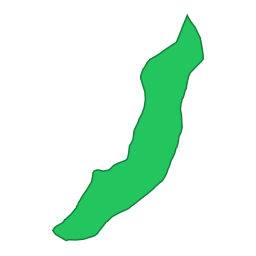 La Reforma, San Marcos, Guatemala
{"feature_id": "79465075B25623182739171", "entity_name": "La Reforma", "entity_type": "district", "adm_level": 2, "iso_a3": "GTM", "parent_name": "Guatemala", "parent_adm1": "San Marcos", "projection": "robinson", "projection_center": [-91.842, 14.82], "detail": "fine", "context": "isolated", "style": "filled", "palette": "green", "viewbox_px": 256, "rotation_deg": 0, "n_neighbors": 0, "source": "geoboundaries", "source_scale": "gbopen_adm2", "svg_char_len": 1808}
<svg xmlns="http://www.w3.org/2000/svg" viewBox="0 0 256 256"><path d="M203.2,59.1L203.1,55.1L202.2,48.8L200.2,37.9L195.0,27.2L190.1,20.7L188.7,18.2L187.3,15.4L184.1,23.1L182.5,26.8L181.8,29.1L178.9,36.2L178.4,37.5L177.0,40.9L176.6,41.8L175.9,42.7L174.0,43.8L166.7,48.7L164.5,50.1L163.0,51.2L160.8,53.0L156.4,55.8L149.8,59.6L146.9,62.9L146.6,64.0L144.5,67.4L143.2,69.0L142.2,71.5L141.2,74.8L140.8,75.6L140.7,77.2L140.8,79.0L141.5,80.5L142.1,82.6L143.5,87.5L144.6,90.6L145.0,92.3L145.4,99.6L144.3,107.1L142.0,113.8L140.2,117.2L138.9,119.6L138.7,121.0L134.9,128.9L134.0,131.1L133.1,139.4L131.5,142.7L129.5,145.9L128.4,154.9L127.4,158.6L125.5,160.5L121.6,161.9L118.3,163.2L114.2,165.1L109.0,170.0L105.2,170.7L103.3,171.2L100.5,170.4L97.3,169.9L94.2,171.0L93.2,172.3L92.4,177.6L91.7,181.5L90.4,183.9L86.9,189.6L86.2,190.6L82.1,196.6L80.6,199.3L78.6,202.5L77.7,205.4L76.9,206.0L76.4,207.7L73.7,211.0L70.9,214.5L68.7,216.3L65.6,219.4L64.6,219.7L63.9,221.3L62.0,223.1L56.3,226.3L54.5,227.8L52.8,230.5L55.6,234.3L63.6,239.1L66.6,240.6L68.3,239.7L76.0,239.9L83.5,239.2L92.9,236.3L93.7,235.9L94.7,235.4L95.6,235.0L96.7,234.1L97.4,233.4L98.0,232.6L99.0,231.1L104.1,224.7L106.1,222.0L107.6,221.1L109.7,219.1L110.4,218.3L112.1,216.7L118.8,212.9L128.1,208.8L132.0,205.7L136.1,202.6L141.1,198.5L145.9,194.9L149.2,192.2L152.4,189.6L154.1,187.9L155.2,186.7L157.4,184.8L158.9,183.3L159.8,182.7L161.7,181.3L163.2,179.4L164.4,177.4L165.5,175.5L166.7,173.0L167.7,169.9L169.6,165.5L171.2,160.1L172.6,157.8L174.5,153.7L176.1,148.0L176.9,147.0L178.1,142.9L178.9,136.8L180.8,132.8L182.1,127.5L181.4,115.2L180.4,109.1L181.0,103.4L181.6,101.8L182.1,99.2L183.3,97.2L183.6,96.5L183.8,95.4L185.4,89.8L186.1,89.0L186.8,84.7L188.2,77.5L189.6,73.9L190.5,72.4L200.4,62.3L203.2,59.1Z" fill="#22c55e" stroke="#15803d" stroke-width="1.5"/></svg>